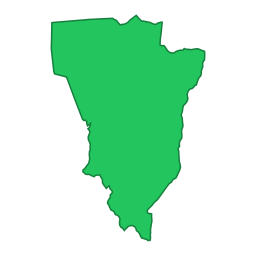 the district of Santana do Acaraú, Ceará, Brazil
{"feature_id": "56859067B27753760045626", "entity_name": "Santana do Acaraú", "entity_type": "district", "adm_level": 2, "iso_a3": "BRA", "parent_name": "Brazil", "parent_adm1": "Ceará", "projection": "equal_earth", "projection_center": [-40.133, -3.498], "detail": "fine", "context": "isolated", "style": "filled", "palette": "green", "viewbox_px": 256, "rotation_deg": 0, "n_neighbors": 0, "source": "geoboundaries", "source_scale": "gbopen_adm2", "svg_char_len": 3050}
<svg xmlns="http://www.w3.org/2000/svg" viewBox="0 0 256 256"><path d="M204.5,51.2L202.2,50.6L200.8,49.9L199.4,49.3L197.7,48.8L195.4,48.9L193.2,49.3L191.1,49.7L189.3,49.4L187.6,49.3L185.7,49.2L184.2,48.5L183.2,49.8L181.9,50.3L179.8,50.2L178.0,50.8L175.9,51.5L173.8,53.1L171.9,52.9L170.3,52.6L168.6,51.8L167.1,50.0L165.5,47.5L164.0,45.6L162.2,45.7L160.0,45.1L160.3,39.2L161.1,33.1L162.2,22.2L160.7,22.2L159.4,22.7L157.7,23.1L156.6,24.1L155.1,24.3L153.1,23.9L150.8,22.8L149.4,22.2L148.1,22.2L146.6,21.7L145.0,21.4L143.4,21.0L141.8,21.2L140.4,19.9L138.7,18.4L137.4,16.6L136.2,15.4L129.8,20.2L128.7,21.6L127.0,23.0L125.1,23.8L123.7,24.4L122.0,24.3L120.3,25.0L118.9,23.5L117.4,21.6L116.1,20.2L114.4,19.5L112.5,18.3L88.2,19.5L84.5,19.9L80.5,20.2L69.8,21.1L66.2,21.4L58.8,22.0L51.9,22.6L51.5,42.7L51.3,46.5L51.3,48.7L53.8,71.5L54.6,73.9L66.3,76.9L67.5,79.5L72.6,93.3L76.1,102.6L82.6,119.4L84.1,120.6L85.2,120.1L86.7,121.5L86.9,124.3L87.7,125.9L89.1,124.6L90.5,123.4L90.1,125.9L89.3,127.7L87.9,128.7L90.0,131.5L89.5,133.3L89.0,134.8L88.3,136.4L88.3,139.5L89.5,142.0L90.3,144.3L90.0,147.4L90.3,149.5L89.5,151.3L89.3,153.4L89.4,156.3L89.7,158.6L89.3,160.7L88.7,163.3L87.6,164.6L86.5,166.1L84.7,168.6L83.0,170.0L82.9,171.8L84.3,172.9L85.3,174.0L86.5,174.4L89.5,174.5L91.8,175.8L94.1,176.7L95.6,175.2L97.5,175.2L99.8,174.8L100.7,176.9L101.8,178.3L102.4,180.2L102.5,182.7L103.6,184.8L105.2,186.8L106.3,188.4L109.0,185.8L110.3,189.2L112.1,190.7L112.2,193.0L110.3,194.8L110.2,197.4L108.9,199.4L107.6,201.9L107.7,203.7L108.9,205.1L109.7,207.5L111.2,210.2L112.9,210.8L114.2,211.9L114.7,213.4L115.6,214.7L117.6,215.3L119.2,217.0L120.0,219.3L119.5,222.0L119.7,225.1L121.0,227.3L122.7,228.3L124.3,230.5L125.2,229.3L126.6,228.1L128.2,226.4L130.7,225.6L132.6,225.6L133.8,226.4L135.4,227.2L136.0,228.9L136.4,230.6L138.4,232.1L139.3,233.3L140.7,236.4L141.5,237.9L143.1,238.4L145.1,239.0L146.7,239.5L148.2,240.6L150.3,240.1L150.5,237.2L150.3,235.0L150.6,232.5L150.5,229.3L150.9,227.1L151.3,223.9L151.9,221.4L151.8,219.5L151.6,216.5L151.6,213.8L150.1,213.5L148.7,213.6L147.4,212.6L147.4,210.0L150.0,207.3L151.1,206.3L152.4,204.9L153.3,203.6L154.4,202.3L155.9,201.0L157.1,200.0L159.5,196.9L163.1,191.9L165.0,189.2L166.6,187.0L167.5,185.8L169.4,183.4L171.2,182.4L172.4,180.6L173.4,179.0L174.7,178.8L176.0,177.9L177.1,175.6L178.0,173.8L178.9,171.7L179.8,169.8L180.5,167.2L180.1,164.3L179.4,162.0L179.1,159.7L179.1,157.5L178.8,154.2L178.8,151.3L178.1,149.5L178.4,147.8L179.6,146.3L179.3,143.8L179.6,141.8L180.5,140.0L181.7,138.3L181.8,135.9L181.8,133.8L181.5,131.5L181.8,129.4L182.7,127.2L183.0,125.3L182.6,123.3L182.4,120.5L182.3,118.3L181.7,116.6L181.2,114.7L182.3,111.9L182.6,109.4L183.0,107.2L183.5,105.5L184.8,104.3L186.6,102.1L187.6,100.1L187.8,97.9L187.3,96.0L187.3,93.6L188.4,90.9L189.8,89.1L192.0,88.6L193.7,87.2L194.8,85.6L196.3,85.0L196.9,83.1L197.3,81.5L198.0,80.0L199.0,77.6L200.5,76.2L201.3,73.8L201.3,71.2L201.9,69.1L202.8,66.6L202.6,64.0L203.2,61.5L204.4,60.1L204.6,58.2L204.7,55.3L204.7,53.1L204.5,51.2Z" fill="#22c55e" stroke="#15803d" stroke-width="1.5"/></svg>